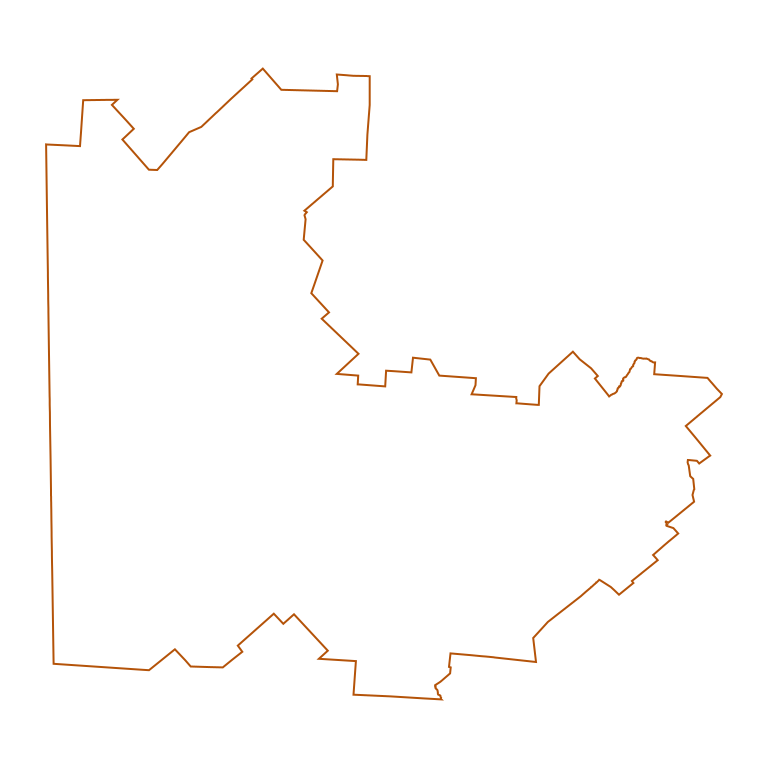 outline of Boulia, Queensland, Australia
{"feature_id": "25037944B33105605540770", "entity_name": "Boulia", "entity_type": "district", "adm_level": 2, "iso_a3": "AUS", "parent_name": "Australia", "parent_adm1": "Queensland", "projection": "orthographic", "projection_center": [140.076, -22.279], "detail": "fine", "context": "isolated", "style": "outline", "palette": "amber", "viewbox_px": 768, "rotation_deg": 0, "n_neighbors": 0, "source": "geoboundaries", "source_scale": "gbopen_adm2", "svg_char_len": 5327}
<svg xmlns="http://www.w3.org/2000/svg" viewBox="0 0 768 768"><path d="M48.4,308.5L48.4,311.7L48.8,340.9L49.5,388.9L49.6,396.1L49.7,399.3L49.7,404.6L49.8,409.0L49.9,412.3L50.0,425.3L50.5,454.4L50.6,460.9L51.0,490.1L51.0,493.3L51.0,495.6L51.1,496.6L51.1,499.8L51.2,503.0L51.2,504.7L51.3,509.9L51.4,519.3L51.6,532.2L51.6,535.5L51.8,547.2L51.9,551.7L51.9,555.0L52.0,561.4L52.2,571.2L52.4,584.1L53.6,663.8L141.2,669.7L149.0,670.2L174.9,649.3L185.3,660.3L190.7,666.5L210.2,667.1L222.8,667.4L232.0,659.9L242.3,651.8L237.8,645.6L273.8,613.7L283.3,623.8L294.0,614.3L327.8,650.7L318.9,658.8L355.9,661.1L353.5,694.7L360.5,695.0L388.8,696.3L389.2,696.3L423.7,698.4L441.3,699.4L441.2,699.3L440.9,698.7L440.9,698.2L441.1,697.7L440.7,697.1L440.4,696.4L440.4,695.7L440.1,695.4L439.7,695.2L439.3,695.0L439.0,694.9L438.6,694.8L438.2,694.6L437.9,693.9L437.9,693.4L437.8,692.8L437.9,692.3L437.7,691.6L437.6,690.8L437.4,690.1L437.1,689.6L436.7,689.4L436.2,688.9L435.7,688.4L435.8,688.0L435.7,687.7L435.4,687.5L435.4,687.1L435.3,686.9L435.5,686.8L435.6,686.5L435.6,686.3L435.6,686.2L435.4,686.0L435.1,685.6L435.1,685.2L439.6,682.3L440.6,681.6L450.1,673.4L450.7,667.4L449.0,666.9L450.5,653.4L471.3,655.2L476.4,655.7L481.6,656.2L483.0,656.3L485.6,656.5L488.8,656.8L493.8,657.3L494.8,657.5L536.0,662.0L533.2,638.0L541.9,628.5L547.9,621.9L553.3,617.7L555.2,616.2L557.5,614.4L580.3,596.6L580.6,596.4L584.2,593.2L584.5,593.0L584.8,592.7L585.3,592.2L585.8,591.8L589.1,589.0L590.7,587.7L590.8,587.4L591.2,587.0L591.6,586.9L594.6,584.1L594.8,584.0L595.1,583.8L595.3,583.5L596.2,582.8L596.2,582.6L596.4,582.6L599.1,580.0L599.2,579.8L600.1,580.2L610.8,587.0L614.2,590.1L619.0,594.7L627.0,588.2L627.6,587.7L633.4,583.0L631.9,581.0L657.7,560.2L656.3,558.5L653.1,555.0L664.4,545.1L669.2,541.0L669.3,540.9L669.5,540.8L676.8,534.7L678.2,533.5L673.4,528.1L666.5,525.8L666.3,525.5L666.4,524.5L667.0,524.3L666.6,523.8L666.7,522.8L665.8,522.3L665.7,522.0L665.9,521.5L666.2,521.5L666.3,522.0L668.5,522.3L668.6,522.5L694.1,501.7L692.5,495.0L693.8,490.0L694.3,489.3L693.2,478.9L690.5,476.5L690.5,476.4L690.2,476.1L688.7,465.3L688.1,464.3L687.6,462.3L687.9,460.0L689.6,460.1L696.8,460.8L697.0,460.9L699.2,463.5L708.7,456.6L710.2,455.6L696.2,438.5L685.8,426.0L701.0,413.2L701.4,412.9L706.4,408.7L720.3,397.1L721.9,394.0L716.8,388.7L712.0,383.1L710.9,381.9L707.5,377.9L690.4,376.7L680.6,376.0L654.2,374.2L655.1,362.4L654.6,362.4L654.2,362.4L653.8,362.5L652.8,362.2L652.2,361.8L651.8,361.5L651.6,361.2L651.1,361.1L650.7,361.1L650.3,360.8L649.9,360.6L649.5,360.2L649.4,359.9L649.2,359.6L648.9,359.5L648.3,359.3L647.9,359.1L647.2,358.9L646.5,358.5L646.2,358.5L645.9,358.7L645.4,358.7L644.8,358.6L644.0,358.6L643.5,358.7L643.1,358.6L642.5,358.5L641.6,358.3L641.2,358.1L640.5,358.0L639.9,358.1L639.4,358.0L639.0,357.8L638.6,357.7L638.3,357.7L637.4,357.8L636.9,358.2L636.7,358.6L636.7,359.0L636.6,359.3L636.3,359.6L636.0,360.0L635.2,360.5L634.9,361.1L634.9,361.5L634.5,361.9L634.5,362.2L634.5,362.9L634.2,363.4L633.8,363.7L633.6,364.3L633.3,364.7L633.1,365.1L633.2,366.0L632.9,366.4L632.3,366.7L631.6,367.4L631.4,367.8L631.1,368.5L630.7,368.9L630.3,369.0L630.1,369.2L630.0,369.6L629.7,370.9L629.3,372.2L628.8,372.6L628.1,373.5L627.8,374.2L626.7,375.5L626.5,376.1L625.8,377.0L625.5,377.2L625.3,377.1L624.8,377.2L624.3,377.5L623.7,377.9L623.3,378.4L623.0,379.0L623.0,379.4L623.1,379.6L623.3,379.8L623.4,380.0L623.1,380.6L623.1,380.8L622.9,380.9L622.6,380.8L622.1,381.0L621.8,381.3L621.6,381.8L621.6,382.3L621.5,382.8L621.2,383.1L621.0,383.3L620.9,383.5L620.9,384.2L620.8,384.4L620.8,384.8L620.7,385.1L620.5,385.5L620.3,385.9L620.1,386.2L619.8,386.1L619.6,386.1L619.3,386.2L619.1,386.4L619.2,386.6L619.3,387.0L619.0,387.3L618.6,387.7L618.2,387.8L618.1,388.0L617.9,388.2L617.8,388.3L617.9,388.5L617.8,388.8L617.5,389.2L617.5,389.7L617.3,390.1L617.1,390.3L617.0,390.6L617.0,391.1L616.6,391.7L616.1,392.2L615.5,392.7L614.7,393.3L614.4,393.5L613.4,393.8L612.6,394.1L611.9,394.6L611.2,394.8L610.8,395.1L610.2,395.7L609.5,396.0L609.1,396.4L608.0,394.9L599.2,383.9L594.9,378.5L597.8,376.0L591.1,368.3L579.7,359.3L572.9,351.7L548.6,373.6L539.5,386.2L538.8,404.9L538.0,404.9L531.1,404.4L516.8,403.3L516.4,403.3L516.7,400.2L516.2,398.5L516.3,397.0L514.2,396.9L480.1,394.8L475.3,394.5L471.6,394.3L474.4,387.8L475.5,385.2L475.9,378.2L471.7,377.9L439.3,375.6L430.3,359.6L420.2,358.5L413.0,357.7L411.4,372.4L394.1,371.2L386.1,370.7L385.2,386.4L360.0,384.5L357.7,384.4L358.2,375.6L336.8,373.9L358.5,353.8L321.7,318.7L329.0,312.4L311.3,293.2L314.0,285.5L322.6,260.5L312.5,249.4L308.4,244.9L303.7,239.8L304.0,236.5L305.6,219.2L304.5,215.3L304.8,214.5L306.8,212.2L304.4,210.7L332.8,186.4L332.9,179.8L333.3,159.2L359.2,159.7L366.3,159.9L367.4,134.5L369.7,105.0L369.7,82.2L369.7,76.2L367.8,76.1L367.3,76.1L366.7,76.0L365.8,76.0L353.4,75.8L350.8,75.6L349.5,75.5L346.1,75.2L336.8,74.5L337.9,84.4L337.1,91.2L281.3,89.8L262.8,68.6L251.5,78.5L252.3,79.4L250.2,81.3L231.2,98.7L216.4,112.7L216.1,112.9L201.3,126.9L189.1,132.2L183.2,139.3L162.8,163.6L162.3,164.2L157.2,170.0L148.9,169.7L122.4,139.5L133.8,128.8L125.4,119.5L125.3,119.4L111.9,104.9L117.4,99.8L105.6,99.9L83.2,100.2L81.1,130.9L81.1,131.0L80.0,146.1L64.1,145.3L46.9,144.5L46.1,144.4L47.0,211.1L47.6,253.4L47.7,259.8L47.9,272.8L47.9,276.0L48.1,289.0L48.2,295.5L48.2,298.7L48.3,304.2L48.4,308.5Z" fill="none" stroke="#b45309" stroke-width="2"/></svg>